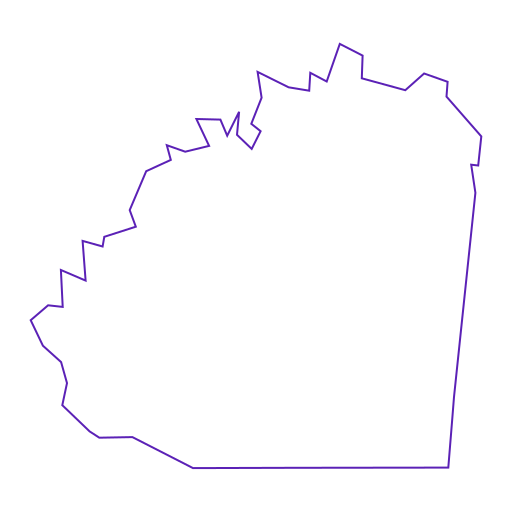 Washington, Kentucky, United States of America (Equal Earth projection)
{"feature_id": "52423323B50785564442129", "entity_name": "Washington", "entity_type": "district", "adm_level": 2, "iso_a3": "USA", "parent_name": "United States of America", "parent_adm1": "Kentucky", "projection": "equal_earth", "projection_center": [-85.219, 37.774], "detail": "fine", "context": "isolated", "style": "outline", "palette": "violet", "viewbox_px": 512, "rotation_deg": 0, "n_neighbors": 0, "source": "geoboundaries", "source_scale": "gbopen_adm2", "svg_char_len": 737}
<svg xmlns="http://www.w3.org/2000/svg" viewBox="0 0 512 512"><path d="M30.7,320.2L42.9,345.7L61.1,362.1L67.0,383.1L62.3,405.2L89.6,431.4L99.3,437.7L132.4,437.1L193.0,468.1L295.5,467.8L448.3,467.6L452.3,418.4L454.0,397.0L475.4,192.8L471.2,164.7L478.2,165.5L481.3,136.4L446.5,96.6L447.6,81.8L424.1,73.5L405.3,90.2L361.8,78.3L362.6,55.6L339.8,43.9L326.7,81.5L310.3,72.8L309.2,90.7L288.6,87.3L257.6,71.9L261.6,97.7L251.3,123.8L260.6,131.2L251.7,148.9L237.0,134.8L239.1,111.8L227.2,135.7L220.4,119.6L196.4,119.0L209.1,145.9L185.2,151.7L166.8,145.2L170.8,159.9L146.2,171.2L129.7,210.1L135.8,226.7L104.3,236.8L102.6,246.5L82.6,240.9L85.6,280.6L60.9,270.0L62.7,306.9L48.1,305.3L30.7,320.2Z" fill="none" stroke="#5b21b6" stroke-width="2"/></svg>